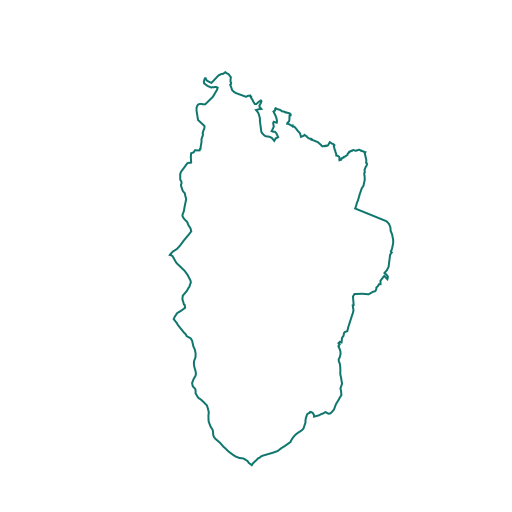 Magura Ilvei, Bistrita-Nasaud, Romania, rotated 49°
{"feature_id": "2599482B90695953081528", "entity_name": "Magura Ilvei", "entity_type": "district", "adm_level": 2, "iso_a3": "ROU", "parent_name": "Romania", "parent_adm1": "Bistrita-Nasaud", "projection": "mercator", "projection_center": [24.803, 47.362], "detail": "fine", "context": "isolated", "style": "outline", "palette": "teal", "viewbox_px": 512, "rotation_deg": 49, "n_neighbors": 0, "source": "geoboundaries", "source_scale": "gbopen_adm2", "svg_char_len": 6149}
<svg xmlns="http://www.w3.org/2000/svg" viewBox="0 0 512 512"><g transform="rotate(49 256 256)"><path d="M411.1,396.4L410.5,394.5L410.4,392.5L410.3,389.5L410.1,386.9L410.6,385.7L410.6,383.5L411.3,381.5L415.5,372.4L417.4,367.6L417.7,362.5L418.3,359.1L419.0,351.9L418.4,350.9L417.6,348.3L417.2,346.8L416.9,344.7L416.8,342.4L417.0,340.0L417.5,336.7L417.5,334.1L417.2,333.1L414.0,327.7L412.9,326.9L411.4,325.2L409.1,321.5L409.0,320.4L409.6,318.1L409.2,317.7L409.7,316.8L410.5,316.6L411.3,316.1L413.8,316.5L415.3,317.6L417.6,312.9L418.2,310.1L418.8,309.1L419.3,306.1L419.6,305.9L422.7,304.7L423.6,303.0L423.4,300.2L423.0,297.8L420.3,292.9L418.8,288.2L417.5,284.6L417.1,282.9L413.6,280.3L411.4,279.2L408.8,274.8L402.7,271.1L400.7,270.1L397.0,266.8L394.0,264.5L392.1,263.3L390.0,262.7L388.2,261.4L387.4,259.3L385.5,256.6L383.7,255.1L381.0,253.8L378.7,253.3L378.6,252.8L377.8,252.5L377.5,250.7L375.9,250.9L375.8,248.9L377.3,248.2L376.1,246.7L374.7,245.4L374.1,244.5L373.7,242.3L371.9,240.2L371.7,238.9L372.6,236.4L370.2,233.0L363.3,221.6L362.8,220.6L361.0,218.1L356.7,215.4L357.1,214.5L350.2,209.4L349.3,206.7L351.1,204.4L352.2,203.1L353.9,200.9L358.8,196.1L359.7,191.3L360.6,189.5L360.6,188.3L359.5,186.4L358.8,185.9L358.7,183.9L358.0,181.7L359.0,180.5L356.4,178.4L355.4,173.9L355.2,172.2L358.0,172.2L359.7,172.1L359.0,171.0L358.1,170.0L356.4,169.8L354.7,169.9L353.1,170.2L352.6,166.7L351.2,163.1L343.0,153.9L342.4,151.2L341.2,151.4L339.9,148.8L336.1,143.8L333.0,141.3L331.6,140.7L329.4,139.3L325.2,137.8L322.9,136.0L321.5,135.4L319.1,134.6L317.0,134.6L315.2,134.8L285.2,150.0L284.0,147.8L282.1,145.0L280.9,142.5L277.6,137.5L274.2,131.6L273.6,129.0L269.8,123.9L266.8,121.5L265.3,120.7L264.4,119.8L264.2,119.0L262.0,117.4L261.7,116.5L260.8,115.0L260.3,113.1L259.1,111.6L257.8,111.7L257.0,110.7L255.6,109.6L249.4,106.3L249.6,105.8L249.4,105.4L249.0,105.8L248.5,105.9L248.3,106.2L247.5,106.4L247.0,106.6L246.1,107.5L245.6,107.3L245.3,107.7L244.0,108.1L243.3,108.6L242.5,110.8L242.2,111.0L242.0,111.7L240.0,113.0L239.5,113.8L239.6,114.8L239.1,115.1L238.9,115.7L239.0,116.2L238.6,116.7L238.5,117.4L239.0,117.8L238.8,118.5L239.0,119.7L239.7,120.7L239.4,123.3L238.8,124.8L239.2,125.3L238.5,127.0L239.2,128.6L239.2,129.0L238.5,129.5L238.4,130.1L237.6,129.6L237.4,129.0L235.8,128.2L234.6,128.4L233.6,128.9L232.9,129.5L231.6,128.5L229.3,127.7L228.6,127.1L227.1,126.8L226.2,126.2L224.8,125.6L224.0,125.1L224.1,124.5L223.6,124.0L222.2,124.3L220.9,125.0L218.5,125.6L219.7,129.0L219.6,129.7L219.3,130.4L218.7,131.4L218.4,131.1L216.9,133.9L215.5,134.2L214.9,134.0L213.3,134.3L210.8,134.6L205.9,137.0L204.6,137.9L204.0,137.3L202.2,138.9L199.7,139.4L198.7,139.3L196.4,140.0L196.7,140.6L195.6,143.9L193.0,142.6L191.9,142.3L188.9,142.4L186.3,142.2L184.0,142.2L183.4,142.3L182.5,143.4L182.2,143.3L181.4,142.7L180.9,143.7L178.4,144.5L177.4,145.1L176.7,145.7L176.1,144.8L176.1,143.7L176.0,142.7L175.4,141.8L174.4,140.7L172.8,139.4L171.7,138.1L172.5,137.6L172.1,137.1L171.6,136.9L170.3,137.1L169.2,137.8L168.5,138.4L167.9,138.6L167.5,139.3L166.8,139.3L166.3,139.9L165.7,140.0L165.0,140.4L164.0,141.4L161.7,141.9L158.7,143.8L157.4,144.1L157.4,144.9L158.7,146.1L158.4,148.0L163.9,149.5L166.6,150.8L168.0,151.7L169.0,152.9L166.4,154.5L166.9,155.8L170.1,157.8L171.1,160.1L171.6,161.1L172.0,162.3L173.2,161.7L174.7,160.2L176.6,160.1L180.8,161.3L180.5,162.8L180.1,163.8L181.1,166.7L178.9,166.6L177.1,166.7L175.7,167.2L174.3,168.0L172.2,170.0L170.6,170.6L167.1,170.8L165.8,170.5L158.5,165.7L156.3,164.2L154.9,162.9L152.6,161.7L149.9,160.5L148.2,160.3L145.9,160.2L146.3,159.6L146.5,158.8L147.2,157.3L148.5,155.5L145.9,155.5L144.8,154.9L143.7,151.9L142.7,150.3L141.8,150.3L141.5,152.5L141.5,156.2L140.5,157.2L137.9,156.8L135.7,156.2L132.8,155.8L132.7,155.2L131.0,155.1L130.9,155.8L129.8,156.9L129.4,159.0L120.0,164.2L118.4,164.8L116.4,165.1L114.7,165.1L113.4,164.4L109.8,163.1L109.8,162.1L108.9,161.1L107.7,160.9L106.1,159.4L104.6,157.7L100.8,157.4L98.4,158.4L97.1,158.6L97.0,161.2L95.8,162.9L95.5,164.9L95.1,165.6L96.1,175.8L96.1,176.1L91.6,178.0L89.9,177.8L88.8,177.4L88.4,178.0L90.1,180.9L91.7,181.9L95.8,181.0L99.5,179.3L100.0,178.1L101.0,177.2L101.5,176.1L102.2,175.3L103.8,174.5L105.0,176.4L107.6,184.3L108.2,194.9L106.8,196.4L105.0,197.8L103.9,199.6L103.8,200.7L104.1,201.8L105.1,203.6L107.4,205.6L115.3,210.5L123.9,209.6L125.0,210.3L125.7,211.2L127.2,214.0L128.4,215.8L129.4,216.2L130.6,217.8L131.0,218.9L132.3,220.7L134.1,222.2L137.1,225.9L138.7,227.5L138.4,228.0L139.3,229.3L136.8,232.1L136.2,232.5L136.4,233.8L136.9,235.0L135.9,237.5L136.3,238.1L137.7,239.3L138.2,240.0L142.8,243.5L142.9,244.0L141.2,246.1L141.0,246.9L141.3,248.6L142.2,252.4L143.1,256.7L143.5,257.9L144.9,260.0L145.6,260.4L147.8,262.4L148.7,263.0L149.2,263.2L150.6,263.4L151.3,263.7L152.6,264.9L153.0,265.8L153.8,266.5L156.6,267.7L159.1,268.6L162.1,268.6L163.8,269.7L166.8,271.1L167.6,271.8L172.0,277.6L174.8,281.0L176.3,283.8L177.0,284.8L177.8,285.3L179.1,285.7L181.3,285.9L185.2,285.6L188.1,286.7L192.2,287.3L194.9,288.7L195.7,292.6L196.9,300.1L198.3,306.5L198.8,310.9L198.5,313.5L198.1,315.6L198.5,319.9L198.7,320.4L200.0,319.4L201.4,319.1L203.2,319.4L206.2,320.1L209.2,320.6L220.2,319.6L225.2,320.0L231.4,321.5L233.2,322.5L234.1,324.2L235.6,326.6L235.8,327.9L237.0,331.2L237.9,337.3L240.4,340.0L243.5,341.3L245.2,342.2L246.1,341.9L248.6,343.5L248.2,348.2L247.8,350.8L247.6,351.5L247.4,352.9L248.5,357.1L249.6,359.5L255.2,359.8L256.5,360.2L266.3,360.6L269.1,360.4L270.9,360.9L275.4,359.3L278.3,359.9L280.9,361.4L283.2,362.6L285.8,363.3L288.6,364.7L290.0,365.6L292.6,367.9L294.9,372.0L297.0,373.9L298.8,375.1L303.3,377.2L305.0,378.3L306.1,379.3L306.8,380.4L307.9,383.8L308.7,385.2L309.7,387.2L310.4,387.9L312.9,389.2L316.7,389.1L317.9,389.9L320.2,391.8L321.9,392.0L324.6,392.6L325.9,392.4L328.0,391.8L331.3,391.4L336.5,391.1L339.2,392.2L342.7,394.0L343.7,394.9L345.1,396.5L348.6,399.4L349.9,400.3L354.0,401.9L355.9,402.4L358.4,402.7L359.8,403.3L363.2,405.8L365.2,406.5L367.2,406.6L373.3,405.7L378.5,405.7L380.5,405.4L385.4,405.0L390.6,403.9L394.0,402.9L396.3,401.7L397.1,401.4L400.6,398.3L401.4,398.0L404.9,397.0L406.1,396.9L407.2,397.2L411.1,396.4Z" fill="none" stroke="#0f766e" stroke-width="2"/></g></svg>